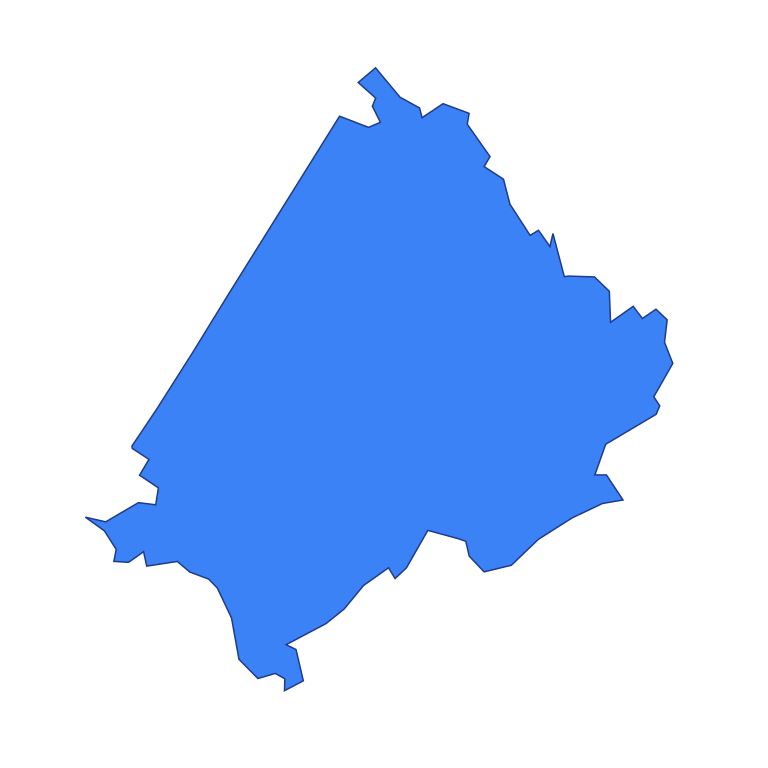 Bedford, Virginia, United States of America, rotated 185°
{"feature_id": "52423323B54527042369331", "entity_name": "Bedford", "entity_type": "district", "adm_level": 2, "iso_a3": "USA", "parent_name": "United States of America", "parent_adm1": "Virginia", "projection": "robinson", "projection_center": [-79.533, 37.312], "detail": "fine", "context": "isolated", "style": "filled", "palette": "blue", "viewbox_px": 768, "rotation_deg": 185, "n_neighbors": 0, "source": "geoboundaries", "source_scale": "gbopen_adm2", "svg_char_len": 1196}
<svg xmlns="http://www.w3.org/2000/svg" viewBox="0 0 768 768"><g transform="rotate(185 384 384)"><path d="M322.8,661.0L349.6,668.4L369.3,652.6L372.6,662.1L392.9,671.0L420.0,698.2L436.0,682.1L417.2,668.1L419.8,659.7L410.4,644.4L421.8,638.3L451.6,646.9L547.1,459.2L577.3,398.8L608.6,338.5L629.7,300.2L629.2,297.9L611.6,288.4L619.6,271.8L599.7,260.9L600.9,243.8L618.3,244.4L649.3,222.4L669.9,225.3L649.7,213.3L636.4,195.9L637.6,183.7L622.9,184.1L608.9,196.0L604.5,181.9L574.4,189.2L561.0,179.7L541.7,174.4L532.2,166.2L515.5,137.6L504.5,97.1L483.9,79.6L467.2,86.2L457.1,81.7L456.4,69.8L438.5,81.3L448.5,111.8L458.8,115.8L420.7,140.4L404.0,156.5L386.8,181.5L363.5,201.3L356.0,191.2L345.6,202.8L327.6,242.0L295.7,236.2L288.8,234.4L284.1,219.9L267.9,205.6L241.4,214.5L216.7,242.7L185.1,266.9L156.0,284.0L135.8,289.3L154.5,312.8L166.0,311.8L157.9,343.3L110.2,377.6L107.4,386.3L114.1,394.8L98.1,429.7L108.2,450.0L107.5,472.6L119.6,482.2L132.3,471.8L142.5,483.1L163.7,465.2L167.6,496.0L183.7,509.0L209.8,507.6L213.7,506.6L228.8,548.6L230.7,535.4L243.5,550.6L251.4,544.8L274.2,574.1L282.8,598.4L303.2,609.3L298.2,619.8L323.7,650.0L322.8,661.0Z" fill="#3b82f6" stroke="#1e3a8a" stroke-width="1.5"/></g></svg>